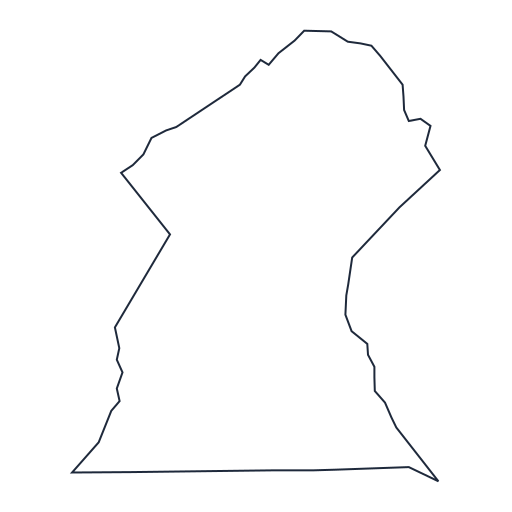 Santa Cruz da Baixa Verde, Pernambuco, Brazil
{"feature_id": "56859067B75266900672705", "entity_name": "Santa Cruz da Baixa Verde", "entity_type": "district", "adm_level": 2, "iso_a3": "BRA", "parent_name": "Brazil", "parent_adm1": "Pernambuco", "projection": "robinson", "projection_center": [-38.169, -7.844], "detail": "fine", "context": "isolated", "style": "outline", "palette": "slate", "viewbox_px": 512, "rotation_deg": 0, "n_neighbors": 0, "source": "geoboundaries", "source_scale": "gbopen_adm2", "svg_char_len": 818}
<svg xmlns="http://www.w3.org/2000/svg" viewBox="0 0 512 512"><path d="M121.1,172.8L170.0,234.4L114.9,327.4L119.3,348.2L116.8,359.7L122.5,372.4L116.8,388.5L119.6,401.1L111.3,410.8L98.7,442.3L72.1,472.5L131.3,472.1L276.1,470.3L303.6,470.3L314.4,470.3L335.2,469.7L408.8,467.1L438.4,481.3L396.3,427.5L391.4,417.4L385.0,402.6L374.8,391.0L374.4,377.3L374.4,366.8L368.0,354.8L367.3,343.9L351.6,331.2L345.4,314.7L346.3,295.4L348.2,284.5L352.2,257.5L399.5,207.3L439.9,170.0L425.2,145.8L430.5,125.9L420.5,118.8L408.8,121.0L404.1,110.0L403.5,96.7L402.6,84.7L380.3,56.0L371.4,45.7L360.5,43.4L347.8,41.7L331.2,31.4L304.2,30.7L294.6,40.6L278.5,53.2L268.7,64.8L260.6,59.9L254.4,67.6L245.1,76.4L239.9,84.7L176.3,127.0L166.2,130.4L151.5,137.9L143.4,154.4L132.8,165.1L121.1,172.8Z" fill="none" stroke="#1e293b" stroke-width="2"/></svg>